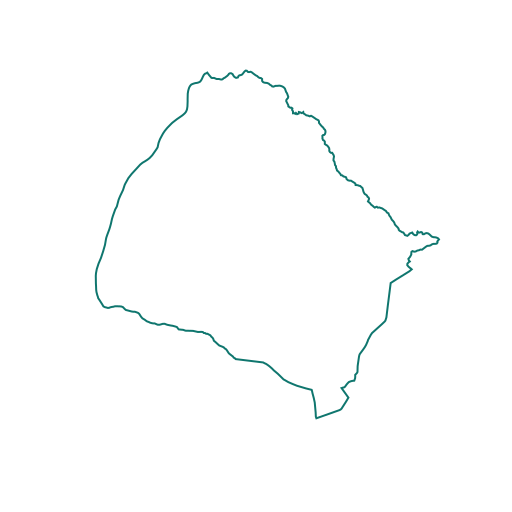 Mwea, Central, Kenya, rotated 318°
{"feature_id": "3690345B50229507526225", "entity_name": "Mwea", "entity_type": "district", "adm_level": 2, "iso_a3": "KEN", "parent_name": "Kenya", "parent_adm1": "Central", "projection": "natural_earth1", "projection_center": [37.398, -0.655], "detail": "fine", "context": "isolated", "style": "outline", "palette": "teal", "viewbox_px": 512, "rotation_deg": 318, "n_neighbors": 0, "source": "geoboundaries", "source_scale": "gbopen_adm2", "svg_char_len": 6123}
<svg xmlns="http://www.w3.org/2000/svg" viewBox="0 0 512 512"><g transform="rotate(318 256 256)"><path d="M380.7,168.8L380.1,166.5L380.8,165.7L382.1,161.1L382.9,160.4L384.0,160.1L385.3,160.0L386.5,159.3L387.9,155.9L388.2,154.1L389.5,151.0L389.5,149.4L389.2,148.2L388.8,147.2L388.1,146.0L387.4,145.1L386.5,144.4L385.4,143.6L384.6,142.8L383.6,142.3L382.4,141.9L381.5,140.8L381.5,139.6L381.0,138.3L380.8,136.4L380.0,134.8L378.9,133.6L378.1,132.6L377.6,131.4L377.7,130.0L379.0,128.5L378.7,127.0L377.8,126.0L377.4,124.8L377.3,123.1L376.8,121.9L376.5,120.7L376.0,118.2L375.8,116.8L375.3,115.5L373.9,114.7L373.2,113.9L373.1,112.1L372.4,111.3L371.1,111.2L369.7,111.4L368.3,111.7L366.8,111.8L365.6,111.3L364.5,110.6L363.3,110.6L362.0,111.2L360.4,110.3L359.8,108.5L359.9,106.9L360.3,105.1L359.8,103.6L358.9,102.8L357.8,102.5L356.7,102.8L355.2,102.9L351.9,102.6L350.8,102.2L349.7,102.3L348.7,102.0L347.9,101.2L347.0,99.8L345.1,98.0L344.0,95.6L343.0,94.8L342.1,93.8L342.2,90.1L342.5,87.1L341.5,87.0L340.0,86.4L338.5,86.5L336.8,87.1L334.3,88.2L333.2,88.6L332.0,88.9L330.9,89.0L329.8,88.7L328.8,88.3L327.9,87.8L326.9,87.1L325.8,86.5L324.2,85.8L322.7,85.3L321.5,85.4L320.5,85.6L319.1,86.1L318.0,86.7L316.1,87.9L313.9,89.7L310.2,93.6L308.6,95.4L305.1,99.0L302.9,100.8L301.8,101.4L300.4,102.0L298.6,102.3L296.3,102.3L294.9,102.2L288.7,101.4L283.3,101.0L282.1,101.0L278.9,101.2L275.9,101.4L274.5,101.6L271.9,102.0L269.1,102.7L267.6,103.2L262.9,104.9L261.5,105.6L259.2,106.8L255.6,109.4L253.6,110.0L246.3,111.7L242.5,112.0L239.7,111.8L236.7,111.3L234.3,110.8L233.1,110.7L231.1,110.6L229.1,110.8L218.5,111.8L213.3,112.7L207.2,114.8L205.8,115.4L201.3,118.0L195.5,120.4L193.1,121.5L191.5,122.3L185.7,126.1L182.5,127.2L176.4,130.5L173.9,132.0L169.7,135.0L166.9,136.8L164.7,138.1L159.7,140.7L157.2,142.1L155.9,143.0L151.2,146.7L145.6,150.2L139.5,153.7L133.9,156.3L128.9,159.2L125.6,161.7L123.7,163.5L118.8,169.1L116.7,171.7L114.6,174.2L113.3,176.1L111.7,179.2L111.3,180.3L110.5,181.8L110.3,183.5L109.3,189.4L108.9,191.3L109.4,192.8L110.3,194.1L111.1,195.4L112.1,196.2L113.3,196.6L114.8,197.4L116.1,198.3L117.4,198.9L118.7,200.0L121.0,202.2L122.1,203.4L122.9,204.9L123.0,207.8L123.2,209.1L123.9,210.1L126.5,214.1L127.6,215.4L128.7,216.4L129.6,218.0L130.3,219.4L130.5,220.8L130.0,223.8L129.9,225.2L129.9,226.4L130.7,229.0L130.9,230.2L131.3,231.8L132.1,233.2L132.7,234.7L133.5,236.0L134.4,237.2L135.6,238.3L136.2,239.7L136.9,241.2L138.4,242.6L139.8,243.3L141.1,243.9L142.0,244.6L142.8,245.3L143.3,246.4L144.0,247.7L146.2,250.7L147.3,252.0L149.1,254.8L149.7,256.0L149.5,257.6L149.5,258.9L152.5,262.2L153.6,264.3L159.1,269.5L162.0,273.6L164.6,275.8L165.6,276.9L165.7,278.3L166.6,279.2L166.9,280.5L167.9,281.4L169.0,284.4L168.8,286.0L169.0,287.6L168.8,288.9L168.0,290.8L168.3,292.7L168.6,296.1L168.8,297.9L170.4,301.1L170.9,302.3L170.9,303.8L171.3,304.9L171.3,306.4L170.7,310.1L170.9,311.5L171.2,313.2L171.6,315.3L171.4,316.6L171.9,317.9L171.9,319.0L190.1,339.9L190.6,341.4L191.2,342.7L191.7,344.5L192.2,347.0L192.6,350.2L192.7,352.9L193.4,358.0L193.6,360.9L193.9,366.2L194.3,367.2L195.6,371.3L197.7,375.9L199.6,379.8L204.5,387.8L207.8,392.7L207.3,393.8L206.1,395.9L203.9,400.2L201.6,404.2L195.7,412.1L193.0,415.4L192.3,417.0L214.7,426.3L216.1,426.7L217.4,426.7L218.8,426.3L225.4,424.5L229.9,423.1L231.2,411.4L232.6,412.0L233.6,412.6L234.7,412.7L237.4,412.1L239.0,411.9L240.6,411.8L242.0,412.3L243.0,412.7L244.2,413.4L245.6,414.4L247.8,413.2L248.9,412.2L250.2,410.7L252.7,410.5L253.8,410.1L257.8,405.9L259.2,404.7L265.1,399.8L266.5,398.8L267.6,398.3L273.0,397.2L276.0,396.5L278.4,395.7L282.1,394.0L283.0,393.4L288.6,391.4L290.7,390.9L303.7,390.9L307.7,390.8L308.9,390.6L309.9,390.0L311.8,388.9L321.3,380.6L330.7,372.5L338.0,366.2L344.2,367.2L359.8,370.0L362.8,370.1L362.7,369.0L362.4,367.6L362.2,365.7L362.3,364.0L363.4,363.0L365.4,362.8L366.6,363.0L366.7,361.5L367.3,360.1L368.6,359.9L370.0,359.7L372.4,358.8L373.3,357.8L374.4,356.9L375.6,357.1L376.4,358.6L377.7,359.5L379.5,359.9L381.0,360.8L382.4,361.2L383.6,362.4L388.6,362.8L390.1,363.1L391.5,364.2L392.8,364.9L394.3,365.0L395.8,365.6L397.7,367.2L398.6,367.7L399.8,367.5L400.5,366.5L403.1,366.1L403.1,364.5L402.3,362.8L401.5,361.8L400.5,360.8L399.6,359.2L399.4,356.2L399.1,354.6L398.2,353.2L397.0,352.5L395.4,352.2L394.5,351.3L395.2,349.8L394.7,348.6L393.3,348.1L392.5,347.2L392.5,346.0L391.5,346.3L390.9,347.4L389.9,347.8L388.8,347.7L387.8,346.5L387.5,344.8L387.8,343.1L386.5,342.6L385.1,342.1L383.6,342.4L382.0,342.3L380.7,340.1L381.0,338.8L381.2,337.1L380.5,336.1L380.1,334.7L379.6,333.3L379.6,332.1L380.3,330.9L380.4,329.3L380.3,327.4L380.3,325.5L380.9,324.2L381.2,323.1L381.3,321.6L381.2,319.9L382.0,317.2L382.1,315.4L382.4,314.3L383.0,312.9L382.4,311.3L382.7,309.4L382.2,307.7L381.9,306.2L381.5,304.8L380.8,303.7L380.2,302.5L378.9,301.6L378.7,300.2L377.8,299.8L376.7,299.6L376.4,298.3L376.3,296.9L375.9,294.8L376.1,293.1L375.7,290.4L377.6,289.6L378.4,289.0L378.8,287.8L378.5,286.6L378.9,285.3L378.7,283.9L378.3,282.7L378.5,281.5L378.9,280.1L379.7,278.6L380.6,276.7L380.4,275.0L380.3,273.7L379.6,272.8L379.1,271.7L378.4,270.8L377.5,269.9L378.3,268.6L377.9,266.7L377.5,265.5L377.0,263.6L375.8,262.5L375.0,261.2L374.8,259.4L375.6,257.8L374.9,256.4L374.2,255.4L374.1,253.9L373.2,252.8L373.6,251.4L373.6,250.0L373.7,248.3L373.4,246.7L374.0,245.6L374.5,244.0L375.5,242.8L375.6,241.3L376.5,239.9L377.4,238.3L377.5,236.9L378.5,235.8L379.7,234.9L380.6,234.2L381.2,232.9L381.4,231.6L381.7,230.3L380.8,229.6L380.5,228.1L380.8,226.9L381.8,225.9L382.5,224.8L382.8,223.0L382.8,221.4L382.3,219.9L382.1,218.8L383.7,217.0L383.8,215.7L383.4,214.7L384.0,213.1L385.0,212.1L385.7,211.1L386.8,211.0L387.6,211.6L388.6,211.6L390.1,210.8L391.2,209.7L391.7,208.4L391.6,206.8L391.9,205.5L391.7,203.9L391.7,202.1L391.9,199.2L392.9,198.1L393.2,196.9L392.2,194.3L392.0,193.2L391.4,190.8L391.1,189.7L390.7,188.6L389.4,188.2L388.6,186.5L387.5,185.1L387.2,183.5L386.7,181.8L387.4,180.7L386.4,180.6L385.4,180.2L385.1,179.0L384.2,177.7L383.1,178.7L381.4,178.1L381.4,176.4L380.3,176.6L380.0,175.5L379.0,174.7L380.3,173.2L380.6,171.5L381.8,170.7L381.6,169.5L380.7,168.8Z" fill="none" stroke="#0f766e" stroke-width="2"/></g></svg>